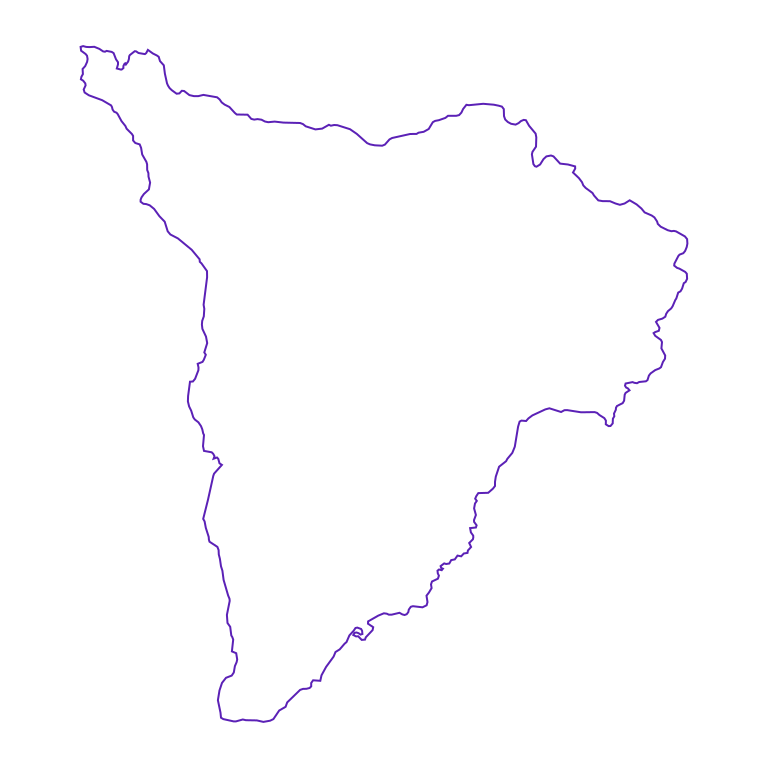 Ermera, Ermera, East Timor
{"feature_id": "22284137B14876648157947", "entity_name": "Ermera", "entity_type": "district", "adm_level": 2, "iso_a3": "TLS", "parent_name": "East Timor", "parent_adm1": "Ermera", "projection": "orthographic", "projection_center": [125.411, -8.766], "detail": "fine", "context": "isolated", "style": "outline", "palette": "violet", "viewbox_px": 768, "rotation_deg": 0, "n_neighbors": 0, "source": "geoboundaries", "source_scale": "gbopen_adm2", "svg_char_len": 6036}
<svg xmlns="http://www.w3.org/2000/svg" viewBox="0 0 768 768"><path d="M575.1,166.4L568.0,164.5L560.1,163.6L553.5,156.4L551.0,155.5L546.4,156.4L543.5,159.1L540.1,164.5L536.5,166.7L534.9,166.2L533.4,164.1L531.9,154.3L532.5,151.8L536.0,146.7L536.3,137.3L535.6,133.6L529.1,125.8L525.9,120.2L523.7,119.9L520.9,121.1L518.6,123.1L515.6,124.6L511.1,123.8L507.8,122.0L505.2,119.5L504.0,116.1L503.8,109.1L501.9,106.6L498.7,105.7L493.8,104.7L483.2,103.8L468.9,105.2L466.4,104.8L463.1,109.0L461.4,112.6L459.1,115.1L456.2,115.8L448.0,115.8L445.4,117.9L438.8,120.2L435.1,120.9L432.8,122.2L428.7,129.0L423.7,131.8L418.5,132.7L416.6,133.9L410.1,134.0L392.1,138.0L389.5,139.4L384.9,144.6L382.2,145.7L374.8,145.3L370.1,144.4L367.1,143.1L356.8,133.9L350.0,129.2L337.4,125.2L334.1,125.0L330.9,125.7L328.9,124.8L322.2,128.6L315.4,129.4L305.7,126.3L303.0,124.1L300.1,123.0L283.5,122.6L274.7,121.6L268.2,122.2L264.9,121.5L261.5,119.7L257.5,119.1L254.2,119.6L251.3,118.9L247.6,114.7L236.7,114.5L234.8,112.9L229.4,107.0L224.6,104.6L221.7,102.4L219.6,99.4L217.1,97.3L203.4,94.9L198.4,96.1L193.8,96.1L189.4,95.1L184.1,91.0L181.8,90.8L179.4,93.4L176.6,93.7L171.8,90.2L169.6,88.1L168.0,85.6L167.0,83.3L164.9,73.7L163.8,65.3L160.0,61.1L158.7,56.8L156.9,55.5L152.9,53.5L147.9,49.9L146.2,53.1L144.9,54.1L138.5,53.0L136.2,51.4L134.8,51.2L133.6,52.1L129.8,55.1L129.2,56.2L128.9,59.1L128.1,61.6L125.9,64.5L125.2,63.3L124.5,63.8L123.4,66.0L123.4,68.1L121.7,69.5L121.0,69.6L116.8,68.5L118.0,64.4L118.0,62.2L116.0,59.3L113.6,53.1L111.7,51.9L106.6,50.9L105.0,51.7L103.1,51.4L99.4,48.9L94.3,46.8L89.4,47.1L86.1,46.9L83.1,46.1L80.6,46.9L81.1,50.7L85.6,54.0L87.0,55.7L87.6,59.0L87.1,61.9L85.2,66.1L82.6,69.0L82.9,74.1L81.4,76.8L80.9,79.3L83.2,80.7L85.3,83.4L85.6,85.4L83.7,89.5L84.6,92.5L88.9,95.3L102.2,100.2L111.1,105.4L112.0,107.1L112.6,109.6L114.1,111.7L116.5,112.7L117.7,114.1L121.5,121.1L125.4,126.0L126.6,128.7L131.9,134.0L133.1,135.9L133.1,140.5L135.3,143.0L139.7,144.4L141.1,147.9L142.2,154.5L146.4,161.9L147.1,164.3L147.2,170.0L148.4,173.1L148.5,176.6L150.1,182.6L148.9,189.4L143.9,194.0L141.5,197.4L140.6,199.8L140.6,201.7L143.4,203.8L146.3,204.1L149.7,205.3L154.1,208.9L159.4,216.2L164.7,221.7L167.7,231.3L170.4,234.5L177.9,238.4L191.7,249.8L199.6,259.3L199.8,261.8L201.5,263.4L207.0,271.1L207.1,277.2L203.6,304.8L204.3,308.8L203.8,316.4L202.2,320.9L201.9,324.6L202.4,328.9L206.0,336.6L207.2,343.1L204.3,352.4L205.8,354.8L203.8,359.8L202.5,361.9L197.7,363.8L198.5,367.5L198.4,370.2L195.1,378.8L192.9,381.5L190.0,381.7L188.1,396.0L187.9,401.4L189.1,406.4L191.2,410.7L193.3,417.4L194.8,419.5L198.4,422.3L201.0,426.1L202.3,429.4L203.2,433.4L204.0,435.0L203.0,446.2L204.0,450.9L211.7,452.3L213.2,453.8L214.5,456.2L213.6,458.7L217.0,457.5L218.3,458.9L219.5,463.3L221.9,464.9L214.1,473.6L213.3,475.8L208.0,499.7L203.2,518.9L204.6,521.4L205.8,527.8L208.7,536.9L208.9,539.6L209.5,541.7L217.4,546.9L218.6,550.1L218.8,554.5L219.9,558.8L221.0,566.3L222.4,570.7L223.6,579.9L228.1,595.4L229.5,598.8L229.7,600.9L226.9,614.9L227.5,623.0L230.2,626.8L231.3,635.5L232.3,637.1L233.2,639.6L231.9,651.4L236.2,653.2L237.2,659.5L236.6,662.2L234.9,666.1L233.8,672.5L231.7,675.6L226.0,677.8L222.0,682.9L219.5,690.4L217.9,700.2L220.5,712.7L221.0,717.7L223.3,719.1L233.7,721.4L235.9,721.4L242.8,719.5L245.9,720.2L256.8,720.4L263.4,721.9L270.1,720.7L273.4,719.1L279.2,710.5L285.6,706.8L287.2,702.4L300.1,689.9L303.0,688.9L306.4,688.8L309.6,688.0L311.2,686.4L311.2,683.0L313.1,680.3L320.3,680.8L321.5,675.3L326.1,666.9L333.6,656.6L335.5,652.0L339.7,649.4L344.6,643.7L346.5,642.1L349.4,635.4L353.6,630.8L355.5,628.0L357.3,627.6L361.1,629.0L362.1,630.8L362.4,634.0L360.5,634.6L358.6,633.2L356.5,632.5L354.6,632.8L353.3,635.0L356.0,636.4L358.2,636.3L361.7,639.9L365.0,639.6L365.8,637.3L372.6,630.1L373.2,627.2L368.0,623.7L368.1,621.4L378.3,615.6L383.9,613.3L386.8,613.7L388.9,614.7L391.5,614.7L399.5,612.8L402.3,614.4L404.6,615.0L406.7,614.2L408.3,612.1L408.8,609.6L410.8,606.8L412.9,606.2L422.5,607.3L426.6,605.3L427.5,602.1L426.5,595.7L428.9,592.6L431.6,588.1L431.0,584.4L432.0,581.5L437.9,578.7L438.9,575.7L437.8,573.4L437.5,570.7L439.0,569.5L441.7,570.2L442.9,568.7L441.2,567.9L440.6,566.1L444.2,563.4L446.1,564.0L449.3,563.5L451.2,560.1L454.8,559.4L457.5,555.6L461.2,556.3L463.8,553.5L467.5,552.9L467.9,550.5L471.1,547.0L469.2,543.0L472.9,539.3L473.3,537.4L473.2,535.6L470.9,532.4L470.1,528.1L475.9,527.5L476.6,525.3L474.1,521.9L474.0,520.1L475.9,515.0L474.1,508.4L475.0,503.5L476.8,500.9L475.2,498.7L476.2,496.3L478.3,493.1L488.2,492.8L493.0,488.6L495.0,486.0L495.0,481.8L495.8,476.6L499.1,466.7L506.1,461.2L507.3,458.9L512.3,452.9L514.8,446.7L518.1,426.6L519.6,421.6L521.4,420.6L526.1,421.0L528.4,418.4L532.4,415.4L545.3,409.4L549.4,408.3L561.1,412.0L564.4,410.2L567.1,410.1L581.1,412.3L594.6,412.1L597.1,412.9L599.4,415.0L604.3,418.1L605.9,420.6L605.8,424.3L608.6,426.1L610.5,426.0L612.7,423.4L612.9,418.7L614.3,416.3L614.0,413.6L615.8,409.8L616.0,407.7L617.0,406.0L622.7,403.1L624.1,400.7L624.7,394.7L625.6,392.9L629.5,390.3L627.9,388.4L626.1,387.5L625.0,385.7L625.6,383.5L632.6,382.1L634.3,382.8L637.0,383.2L639.2,382.0L645.9,381.3L647.5,380.1L648.9,375.6L650.6,373.4L655.2,370.1L659.2,368.5L661.0,367.2L662.9,362.0L665.0,358.7L665.2,355.5L661.4,348.4L662.0,342.1L661.0,340.0L655.2,335.8L653.6,333.1L655.1,332.1L658.8,330.8L659.5,327.9L656.0,321.9L658.0,319.9L662.4,318.6L665.3,316.7L666.2,313.8L667.9,311.2L671.2,308.4L672.6,306.3L675.3,300.0L676.3,298.5L678.2,292.6L680.5,291.3L682.1,288.6L683.8,283.2L685.6,282.0L687.1,278.8L686.8,273.7L685.2,271.9L679.3,268.6L677.1,267.9L674.2,265.6L674.4,263.6L678.4,255.9L679.6,254.6L683.3,253.2L685.1,251.0L686.7,247.1L687.4,243.6L687.1,239.1L684.9,236.4L676.1,231.4L673.9,230.9L671.4,231.2L667.7,230.2L660.7,226.7L657.8,223.9L657.1,221.5L654.4,217.4L651.7,215.5L644.6,212.4L641.4,208.5L636.6,204.4L629.7,200.3L624.6,203.5L619.9,204.8L615.5,203.5L610.0,201.2L602.5,201.1L598.3,200.4L594.0,195.5L592.5,193.0L585.6,187.9L583.3,185.4L582.0,182.2L578.9,178.1L573.0,172.5L575.2,168.6L575.1,166.4Z" fill="none" stroke="#5b21b6" stroke-width="2"/></svg>